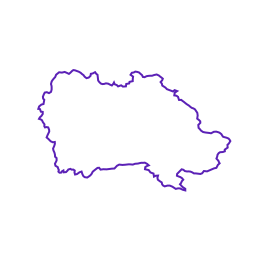 Bananal, São Paulo, Brazil (Robinson projection), rotated 240°
{"feature_id": "56859067B2046202210866", "entity_name": "Bananal", "entity_type": "district", "adm_level": 2, "iso_a3": "BRA", "parent_name": "Brazil", "parent_adm1": "São Paulo", "projection": "robinson", "projection_center": [-44.342, -22.736], "detail": "fine", "context": "isolated", "style": "outline", "palette": "violet", "viewbox_px": 256, "rotation_deg": 240, "n_neighbors": 0, "source": "geoboundaries", "source_scale": "gbopen_adm2", "svg_char_len": 3571}
<svg xmlns="http://www.w3.org/2000/svg" viewBox="0 0 256 256"><g transform="rotate(240 128 128)"><path d="M137.5,187.3L137.2,185.2L142.2,181.1L144.3,180.6L146.1,179.7L147.6,178.9L149.5,179.5L151.5,179.2L152.2,181.4L153.3,182.8L155.0,182.2L156.3,181.6L158.0,181.0L160.0,179.6L160.8,177.2L161.2,175.1L162.0,173.7L163.0,171.6L163.6,169.9L163.7,167.8L164.8,166.4L166.7,166.6L168.7,165.9L170.6,165.3L172.0,164.0L173.2,162.5L173.2,160.8L173.9,158.9L172.8,156.8L170.0,158.1L168.3,156.8L166.2,155.5L167.2,152.4L166.0,151.3L167.0,148.5L165.1,147.0L166.4,144.3L168.4,143.4L169.0,140.2L170.7,139.8L172.6,138.3L174.4,138.6L173.5,137.1L172.9,135.3L174.4,134.2L176.3,133.0L177.7,131.2L178.1,129.3L178.9,127.7L180.1,126.7L182.2,126.1L184.0,125.9L189.3,128.2L190.8,127.6L192.8,127.4L192.9,124.6L193.5,122.9L191.9,121.6L191.3,119.2L191.9,117.0L194.1,116.1L196.1,115.9L197.6,115.2L199.5,114.6L201.4,113.5L202.8,112.3L204.5,110.9L205.5,109.6L205.3,107.9L204.7,105.8L204.4,103.9L206.2,102.7L208.2,101.2L209.0,98.5L210.7,96.2L210.1,92.4L208.5,90.4L207.9,88.4L207.2,86.6L206.5,85.2L204.6,83.3L202.6,82.8L201.2,82.1L199.5,81.1L197.8,79.4L197.7,77.0L199.6,75.6L200.3,73.6L199.2,71.9L197.6,69.9L195.8,69.2L194.3,69.6L191.0,66.8L191.6,64.7L191.1,61.8L189.4,59.9L188.4,61.2L185.7,60.7L184.6,62.2L182.8,61.2L181.7,59.0L181.3,57.0L180.4,55.5L179.1,56.7L177.7,57.4L175.7,57.2L172.9,57.5L171.4,56.4L170.0,56.4L169.5,58.0L168.4,59.2L165.9,58.8L164.3,58.0L163.3,56.6L162.0,54.7L160.5,52.8L158.6,53.5L155.1,54.4L153.2,55.8L152.5,57.6L150.9,56.8L149.4,55.2L147.6,52.8L145.8,52.2L143.5,52.0L141.4,51.4L139.6,50.5L137.7,51.1L135.8,50.1L134.9,49.0L133.6,46.9L131.6,46.3L129.2,47.6L127.7,47.2L126.2,47.1L125.0,45.9L123.6,46.3L122.8,47.7L123.5,49.1L123.5,50.8L121.8,50.1L120.8,52.3L121.3,54.2L121.9,55.6L121.4,57.7L120.2,58.3L119.3,59.9L117.8,60.6L116.2,59.4L114.2,58.9L113.6,60.8L113.9,63.8L113.5,66.0L112.1,65.7L110.7,65.4L108.7,65.3L107.1,65.9L105.5,67.9L105.6,69.8L105.8,71.6L106.4,73.4L107.8,75.6L108.2,78.0L108.7,81.6L108.0,83.1L105.7,83.4L104.6,86.1L102.9,88.8L101.8,91.4L100.9,93.6L99.7,96.0L100.8,99.6L100.7,102.1L98.8,104.7L97.6,107.2L96.3,110.2L95.5,111.6L93.9,113.9L93.5,116.2L92.2,118.9L91.8,120.4L91.2,122.2L90.3,123.6L89.6,125.2L87.4,126.6L85.3,127.3L85.6,125.4L85.5,123.4L83.8,122.1L81.2,124.9L78.3,125.2L75.8,127.3L72.9,126.2L72.8,128.1L71.8,130.2L70.2,128.6L68.3,128.0L65.9,129.0L64.0,130.0L62.2,129.4L60.7,129.6L59.1,130.6L58.4,133.3L57.2,135.4L55.0,137.1L53.0,138.1L51.4,138.9L50.7,141.2L49.7,142.8L47.2,144.5L45.3,146.4L46.7,147.2L48.3,146.4L49.8,145.7L53.3,144.9L53.8,146.4L55.0,148.0L55.6,150.0L57.5,149.7L59.3,148.8L60.6,147.7L62.2,146.5L63.7,147.6L64.3,149.8L64.8,151.6L65.4,153.8L64.1,155.1L62.3,155.7L60.9,157.3L60.1,158.8L59.0,160.3L57.4,161.5L55.7,162.4L54.8,164.0L52.0,167.7L51.7,169.6L52.8,172.2L50.9,174.8L50.5,178.2L50.3,179.9L50.0,182.4L49.3,184.6L51.1,187.4L51.6,189.7L53.1,189.7L54.5,189.9L57.3,189.3L58.6,190.9L60.1,192.2L60.9,194.0L61.0,195.6L59.8,198.1L59.4,200.2L60.9,201.0L61.2,204.5L63.7,205.7L64.1,207.5L65.5,210.1L67.1,210.1L68.6,209.8L70.3,208.5L72.8,206.0L74.2,205.8L76.0,205.8L78.2,204.9L79.5,203.8L80.8,202.5L81.8,200.4L81.9,197.3L83.0,196.0L83.9,194.8L85.4,192.8L87.0,191.0L89.3,189.9L90.9,189.7L92.8,189.2L95.5,190.4L96.3,193.2L97.7,193.9L99.3,193.5L101.5,192.6L104.0,194.6L106.5,195.6L107.9,195.5L110.7,195.3L112.2,194.5L113.4,193.4L114.8,192.7L116.9,192.0L119.4,190.7L121.2,190.0L122.8,189.4L124.3,188.7L125.7,188.2L126.8,186.2L130.0,186.9L131.7,186.1L133.1,184.4L135.2,186.1L135.4,189.0L137.5,187.3Z" fill="none" stroke="#5b21b6" stroke-width="2"/></g></svg>